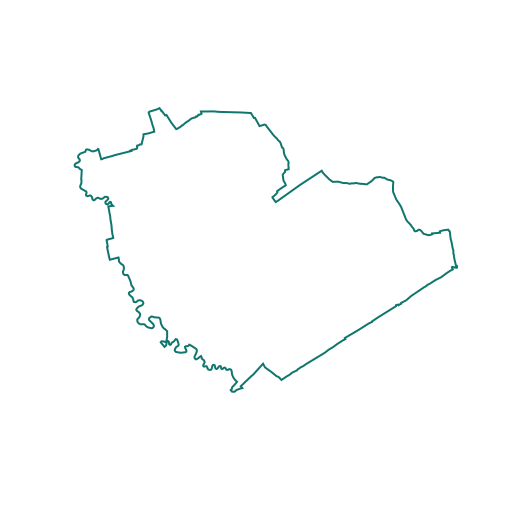 Raducaneni, Iasi, Romania (orthographic projection), rotated 194°
{"feature_id": "2599482B23312224684372", "entity_name": "Raducaneni", "entity_type": "district", "adm_level": 2, "iso_a3": "ROU", "parent_name": "Romania", "parent_adm1": "Iasi", "projection": "orthographic", "projection_center": [27.975, 46.968], "detail": "fine", "context": "isolated", "style": "outline", "palette": "teal", "viewbox_px": 512, "rotation_deg": 194, "n_neighbors": 0, "source": "geoboundaries", "source_scale": "gbopen_adm2", "svg_char_len": 6126}
<svg xmlns="http://www.w3.org/2000/svg" viewBox="0 0 512 512"><g transform="rotate(194 256 256)"><path d="M351.9,373.8L355.0,369.8L355.5,369.6L356.7,368.1L359.0,364.8L359.4,364.8L360.6,363.0L363.6,360.0L364.1,359.8L370.7,365.1L377.0,371.2L378.1,370.4L382.8,374.2L383.0,373.9L385.4,376.1L387.9,374.1L394.4,370.2L394.8,369.3L394.7,368.9L390.4,362.1L388.1,358.0L386.2,355.1L384.8,352.0L390.3,348.8L394.6,346.9L394.1,344.7L394.1,336.6L395.6,336.2L396.6,335.0L398.0,334.4L398.1,333.9L397.5,332.4L397.4,331.6L398.3,330.8L402.1,328.9L403.2,328.0L402.6,327.6L417.6,319.6L419.4,318.4L427.6,313.9L428.4,313.0L429.6,312.4L434.8,321.6L435.2,321.7L435.3,321.1L436.4,319.8L439.5,318.0L440.8,318.0L444.1,318.7L446.1,318.5L446.7,317.8L446.8,316.1L447.0,315.7L451.2,312.9L452.5,310.8L452.7,310.1L452.5,308.8L452.2,308.3L450.7,307.3L450.1,306.4L450.0,305.9L450.1,305.3L451.0,304.0L453.6,301.8L453.9,301.2L453.9,300.0L453.6,299.4L452.7,298.8L449.8,299.1L447.7,297.7L446.1,297.5L445.8,297.1L444.1,287.9L443.5,286.9L443.4,286.1L443.1,284.3L443.5,281.4L443.1,280.0L441.9,279.0L436.3,277.5L435.7,276.3L435.8,274.3L435.2,273.4L433.8,273.3L432.0,274.5L430.6,274.5L429.3,273.3L428.4,271.5L427.5,270.9L426.9,270.8L426.2,271.2L425.3,272.8L423.9,274.2L423.1,274.3L420.7,273.8L419.8,274.0L418.5,274.8L417.0,276.8L415.0,277.3L413.8,277.0L413.4,276.4L413.2,275.7L413.6,274.7L415.2,272.2L415.1,271.4L414.6,270.6L413.7,270.1L412.4,270.4L411.8,271.0L411.1,272.8L410.3,273.3L409.7,273.0L408.9,271.3L406.8,270.1L411.3,268.4L407.0,259.0L406.2,256.6L403.9,251.4L402.9,248.7L402.9,248.3L400.7,242.6L399.0,239.3L398.9,238.9L404.7,235.6L404.8,235.2L402.1,229.3L402.7,228.8L402.6,228.4L398.2,219.3L396.9,217.0L389.1,221.3L388.7,220.7L387.6,217.6L386.9,216.9L384.7,215.6L383.2,215.2L382.4,214.6L381.4,213.1L381.0,210.6L381.3,208.8L381.1,207.8L380.5,206.7L379.9,206.1L378.3,205.8L376.6,206.4L376.0,206.4L375.3,205.9L371.8,201.3L369.7,197.4L367.4,195.5L366.8,194.7L366.6,193.8L366.7,193.1L367.8,191.7L369.7,190.5L370.3,189.7L370.3,188.8L369.8,188.1L368.9,187.4L366.0,185.9L365.2,185.1L363.5,181.9L361.6,182.0L360.9,182.6L359.7,184.2L358.7,184.9L356.1,185.0L354.5,184.1L354.0,183.3L353.9,182.5L354.2,181.4L354.6,180.7L357.5,178.6L358.3,177.5L359.1,175.7L359.2,174.9L358.2,173.9L356.6,173.4L354.6,172.0L354.2,171.2L354.3,169.0L354.7,167.8L355.7,166.1L355.8,165.3L355.1,163.5L354.3,162.8L352.8,162.0L351.4,161.8L348.2,162.7L347.5,162.6L345.4,161.2L343.8,160.6L339.7,160.6L338.8,161.3L338.2,162.2L338.2,163.6L339.1,165.0L344.2,168.0L344.7,168.9L344.5,170.1L342.7,172.1L339.3,172.0L335.3,172.7L334.5,172.4L333.5,171.3L331.9,167.5L329.5,164.6L327.8,163.4L326.5,163.0L324.0,161.5L322.6,155.8L322.4,152.0L323.1,150.7L326.6,150.6L327.3,150.0L327.6,149.2L322.8,145.7L321.7,147.2L321.6,148.3L321.8,150.9L321.0,152.2L319.9,151.8L319.0,149.5L318.1,149.0L317.5,149.1L317.1,149.7L317.0,150.8L316.7,151.6L315.1,153.1L313.7,156.0L312.3,155.8L310.1,152.4L309.6,151.1L309.6,150.4L309.9,149.8L311.3,148.6L312.1,146.1L312.0,144.7L311.7,144.3L310.4,143.5L305.6,143.9L301.0,145.6L300.5,146.4L300.5,147.0L301.3,148.4L302.6,149.7L302.9,150.8L302.2,151.5L300.4,152.0L299.6,152.8L299.3,153.8L297.3,153.4L291.3,151.3L290.5,149.9L290.4,148.4L290.8,145.7L291.3,143.5L291.0,142.2L290.6,141.8L289.1,141.2L288.0,142.1L285.2,145.6L284.3,144.6L283.7,143.3L281.3,142.2L280.2,140.8L280.1,140.2L280.8,137.4L280.6,136.6L280.1,136.2L279.4,136.2L277.8,137.0L277.2,137.0L276.3,136.1L275.7,135.0L274.8,134.3L273.0,134.3L272.0,135.0L271.7,135.8L271.8,138.7L271.6,139.3L271.4,139.8L270.6,140.2L269.6,139.9L268.5,137.5L267.4,136.8L266.8,136.9L266.2,137.4L265.3,139.8L264.2,140.6L263.5,140.4L262.4,138.3L261.9,138.0L261.1,138.3L260.2,139.7L259.7,140.1L258.6,140.0L257.7,138.9L256.9,138.4L255.8,138.7L254.6,139.8L253.1,139.8L252.6,139.6L251.9,138.6L250.4,135.0L248.9,133.0L246.7,130.9L244.0,129.4L245.6,125.9L247.2,123.3L247.4,122.4L247.4,120.7L248.1,119.8L246.3,118.5L244.0,119.1L242.6,121.1L241.6,121.9L238.8,123.8L237.9,124.1L237.3,124.5L239.3,125.9L231.6,138.1L230.1,140.1L223.1,153.2L220.3,150.1L213.0,147.2L207.1,144.4L204.7,144.0L201.3,141.9L196.4,147.3L195.2,148.3L192.5,151.8L188.7,154.8L188.3,155.8L185.4,159.1L183.7,160.4L181.5,163.0L165.8,178.8L162.6,182.9L159.3,186.1L155.6,190.6L150.9,195.5L149.2,196.9L150.0,197.9L138.3,209.4L130.4,217.7L127.4,220.2L127.5,220.7L122.9,225.8L108.0,241.2L108.2,242.2L106.4,243.2L105.8,242.7L104.6,244.0L103.7,244.6L103.4,245.5L103.7,245.7L103.6,245.8L99.5,249.4L95.7,254.8L85.1,266.6L83.8,267.7L82.7,269.5L81.2,270.6L75.8,276.3L71.5,279.9L66.6,285.8L63.7,288.9L61.8,290.5L63.0,292.2L63.2,292.6L63.0,292.9L58.9,293.0L58.3,293.2L58.1,293.6L58.7,295.0L59.5,294.8L62.7,300.9L64.4,305.1L65.3,306.7L65.7,308.9L66.8,310.6L69.8,317.1L71.5,320.2L72.8,323.7L73.2,325.1L74.2,327.0L74.9,327.1L75.9,328.1L81.2,325.9L83.6,324.4L83.0,323.1L90.6,320.5L90.3,319.7L92.5,318.3L94.2,317.9L98.7,318.1L99.8,318.8L101.2,320.0L102.9,320.9L103.9,321.0L104.8,320.7L105.6,319.4L107.4,318.5L108.1,318.5L109.8,320.7L112.0,322.2L113.0,323.4L113.6,323.6L114.7,324.5L117.4,326.1L119.2,327.7L126.9,338.5L128.9,340.6L133.6,344.8L138.5,351.4L140.0,356.8L140.6,360.8L140.9,361.2L141.7,361.6L144.2,362.1L146.8,361.9L150.6,363.0L152.0,362.6L155.3,362.6L156.7,361.8L157.7,361.7L159.8,360.4L161.8,356.9L165.8,352.3L170.7,351.7L172.0,351.3L176.9,351.0L178.6,350.1L180.6,349.7L182.6,348.7L184.4,348.8L187.2,348.4L188.7,347.9L194.3,348.0L199.5,346.5L203.2,348.0L208.4,351.1L211.0,352.8L212.9,354.6L230.2,335.9L248.4,314.6L249.9,313.1L254.2,316.7L254.3,317.0L252.6,319.2L250.8,322.3L250.7,323.0L251.2,324.0L246.4,329.6L244.2,331.7L244.3,332.1L245.3,333.5L247.6,335.9L249.7,341.1L249.3,342.5L248.1,344.8L248.5,346.3L245.3,348.1L246.9,353.1L246.8,354.0L247.4,355.6L250.1,357.8L253.0,361.3L254.0,363.2L254.7,365.4L255.3,366.6L256.0,367.3L257.0,367.6L259.4,371.4L260.3,372.5L262.8,373.8L263.7,374.7L267.9,377.2L276.5,383.9L278.4,385.6L279.7,385.5L284.0,382.9L290.4,389.8L291.4,389.4L295.5,393.5L305.0,391.7L326.2,387.0L331.9,386.1L344.4,382.9L343.3,381.0L343.3,380.7L345.6,379.0L346.0,379.1L346.7,377.4L347.0,377.1L347.7,377.1L348.2,375.8L348.7,375.8L351.9,373.8Z" fill="none" stroke="#0f766e" stroke-width="2"/></g></svg>